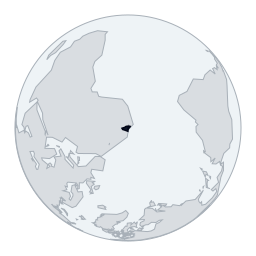 the Earth from above Trarza, rotated 200°
{"feature_id": "MRT-2788", "entity_name": "Trarza", "entity_type": "Region", "adm_level": 1, "iso_a3": "MRT", "parent_name": "Mauritania", "parent_adm1": "", "projection": "orthographic", "projection_center": [-15.679, 17.405], "detail": "fine", "context": "on_globe", "style": "filled", "palette": "ink", "viewbox_px": 256, "rotation_deg": 200, "n_neighbors": 0, "source": "natural_earth", "source_scale": "10m", "svg_char_len": 9062}
<svg xmlns="http://www.w3.org/2000/svg" viewBox="0 0 256 256"><g transform="rotate(200 128 128)"><circle cx="128" cy="128" r="113" fill="#eef3f6" stroke="#a8b0b8"/><path d="M53.9,43.1L57.0,40.6L54.6,42.6L57.4,40.4L60.5,37.8L61.9,36.8L75.7,28.3L78.3,26.9L87.5,22.9L97.1,19.7L106.9,17.4L105.3,17.8L93.2,21.5L93.2,22.4L84.7,28.1L87.0,27.4L85.3,29.5L87.3,29.7L85.1,31.0L88.6,30.0L90.1,28.8L92.2,28.0L93.5,28.1L91.0,29.7L90.0,29.9L89.9,30.4L88.1,31.2L89.7,30.9L86.6,33.0L91.6,31.1L90.7,33.0L88.1,34.4L85.9,34.0L74.3,37.3L71.0,39.2L68.5,42.0L68.9,47.4L66.3,49.9L64.4,53.4L67.0,52.0L69.4,48.8L73.7,47.4L76.1,44.0L78.2,43.1L81.6,40.1L83.7,40.9L84.0,43.5L81.2,46.2L81.3,47.6L86.0,45.6L83.0,51.5L84.6,57.3L83.6,59.0L77.6,60.8L72.2,59.0L64.5,62.7L72.2,60.9L69.4,65.7L70.0,66.9L71.7,67.2L73.8,65.7L73.4,67.6L65.7,69.8L66.0,68.0L68.4,67.2L65.9,66.6L60.6,68.7L59.6,71.3L52.8,72.7L52.0,74.7L50.1,76.3L51.8,72.9L48.6,79.2L40.4,83.8L35.9,95.3L37.5,85.3L36.3,83.2L34.4,82.1L33.6,83.9L32.2,80.7L29.0,82.9L24.9,91.2L22.9,98.7L24.7,101.1L26.6,97.8L28.7,98.5L24.3,107.9L27.4,112.0L25.4,119.6L26.0,124.4L28.3,124.7L30.5,127.9L33.0,124.3L36.7,123.2L35.8,129.6L38.6,124.6L40.1,128.5L48.1,130.9L47.2,132.2L53.8,141.9L62.5,147.4L64.6,152.6L63.4,155.2L66.7,156.7L66.8,158.6L81.7,164.1L90.5,169.8L91.0,176.2L85.1,182.5L83.4,196.4L73.9,199.2L73.9,204.3L70.6,210.6L64.5,208.5L68.8,212.8L67.4,214.3L64.2,213.4L65.8,215.9L63.5,215.1L66.6,217.4L66.2,219.4L70.2,222.4L70.7,223.9L73.4,225.6L72.4,225.2L72.2,225.3L73.3,226.1L68.7,223.5L63.6,219.9L62.5,218.6L61.1,217.7L58.2,214.0L57.9,214.4L51.9,207.2L49.4,201.6L41.7,182.8L39.1,178.2L33.3,171.3L26.0,153.3L26.8,147.7L25.7,144.1L29.3,136.9L29.1,127.8L28.1,126.0L26.6,128.5L23.8,120.8L23.9,113.5L21.1,95.5L22.1,91.4L24.1,86.2L33.5,66.8L24.7,83.7L26.4,79.6L29.6,73.1L30.2,72.2L35.5,63.7L41.2,56.2L47.3,49.4L53.9,43.1ZM34.1,98.9L37.9,107.3L34.4,106.3L35.3,105.6L34.6,102.6L32.9,99.2L30.2,99.0L34.1,98.9ZM38.9,94.0L38.2,93.1L39.1,93.5L38.9,94.0ZM62.2,36.6L60.4,37.9L57.0,40.7L58.3,39.5L61.9,36.8L62.2,36.6ZM80.2,39.8L80.9,40.0L79.9,40.4L80.2,39.8ZM81.1,38.5L79.4,39.0L79.6,38.5L80.6,38.2L81.1,38.5ZM83.0,38.1L80.1,37.4L80.4,36.5L84.5,34.7L83.0,38.1ZM90.1,28.4L88.4,29.7L88.6,28.6L90.1,28.4ZM89.6,27.9L87.1,26.3L90.2,24.7L90.4,25.4L93.4,23.5L96.1,23.4L95.1,24.5L92.6,25.5L95.5,24.8L89.6,27.9ZM93.0,27.6L92.2,27.3L94.8,25.9L96.8,26.2L95.3,26.5L93.0,27.6ZM92.8,23.1L95.1,22.2L97.9,21.9L99.2,21.5L96.4,23.3L92.8,23.1ZM95.4,26.9L97.8,26.4L97.8,27.2L93.9,27.8L95.4,26.9ZM94.6,25.4L95.9,24.8L95.9,25.2L94.6,25.4ZM99.0,30.2L98.0,29.7L99.3,28.8L99.0,30.2ZM98.7,26.2L98.7,25.9L99.1,25.6L100.6,25.4L98.7,26.2ZM98.6,23.1L99.3,23.2L99.9,22.3L102.0,22.2L99.8,23.5L101.7,22.9L102.3,22.8L99.8,23.9L98.6,23.1ZM103.3,24.4L101.2,26.3L102.7,27.3L101.6,28.0L99.3,26.3L103.3,24.4ZM101.4,24.0L102.3,24.4L100.5,25.0L98.8,25.1L101.4,24.0ZM104.3,21.7L101.6,21.5L102.2,21.3L104.3,21.7ZM104.1,24.5L104.6,24.1L104.4,24.5L104.1,24.5ZM104.6,22.4L103.6,22.3L104.3,22.0L104.6,22.4ZM106.4,23.3L105.7,23.9L104.5,24.0L106.4,23.3ZM105.9,22.8L107.1,22.4L104.5,23.6L105.3,22.8L105.9,22.8ZM105.5,22.1L105.5,21.9L105.8,22.2L105.5,22.1ZM111.3,22.9L108.4,24.5L105.8,24.5L109.0,23.0L111.3,22.9ZM77.5,228.3L69.7,224.1L73.6,226.3L73.4,225.7L78.6,228.4L77.5,228.3ZM78.4,227.1L79.9,227.2L81.1,227.7L80.3,227.9L78.4,227.1ZM239.2,109.9L236.3,98.8L232.9,89.8L233.0,91.8L228.8,86.1L225.1,90.2L223.4,88.1L223.0,90.2L219.8,89.3L216.8,86.0L215.4,87.3L223.0,96.0L224.4,94.7L224.0,89.5L226.0,93.1L228.9,95.0L229.7,106.7L222.4,121.3L219.8,113.9L204.5,96.4L203.9,93.9L203.8,93.7L203.5,93.3L204.0,97.5L200.7,94.0L210.9,106.7L213.4,112.8L222.3,121.9L221.9,123.4L224.2,124.9L229.3,118.6L229.7,121.2L228.5,135.1L219.8,156.1L219.9,166.5L217.5,176.0L209.7,184.6L208.0,191.2L203.7,194.9L201.9,198.8L197.0,203.7L189.9,209.0L180.2,211.4L181.5,208.2L179.5,202.7L177.5,187.5L181.9,179.2L181.9,173.2L174.7,160.7L176.4,152.6L174.0,149.7L169.3,151.3L166.3,147.7L163.3,148.1L143.1,153.1L135.7,148.5L124.3,133.2L127.1,126.6L125.6,119.2L143.5,92.1L149.5,92.9L166.1,87.0L168.6,87.5L169.1,93.4L183.5,97.7L185.2,92.2L195.9,93.4L201.4,91.5L199.1,80.5L190.0,83.5L186.0,79.1L191.3,72.4L198.9,70.4L197.6,68.6L190.8,66.2L190.5,62.2L188.2,65.1L190.7,66.5L189.3,68.5L187.0,67.4L186.9,65.9L184.1,65.9L184.9,73.3L187.5,75.5L181.3,78.7L185.0,82.9L184.0,85.5L177.4,79.6L176.5,77.0L165.9,71.6L166.3,74.5L176.3,80.0L174.1,79.9L174.8,84.4L172.5,80.9L161.5,74.7L154.5,77.9L149.1,90.1L144.3,91.7L138.6,90.3L137.0,79.1L148.0,76.8L147.6,73.3L142.3,69.1L146.1,68.9L145.3,67.1L149.1,66.2L151.6,61.0L155.0,59.9L153.1,54.4L154.6,53.3L155.3,56.7L157.7,58.7L165.9,56.6L166.6,55.1L164.7,51.9L167.2,51.9L164.3,49.1L167.6,46.8L161.2,47.4L158.7,44.2L159.1,41.2L157.2,40.4L156.5,45.3L157.3,47.3L159.8,48.7L160.9,54.8L158.7,56.4L153.1,50.8L149.4,52.6L146.7,47.9L150.2,36.7L153.2,34.1L164.1,35.8L165.1,37.9L161.6,38.1L167.5,40.5L165.7,39.0L167.8,39.2L166.0,36.6L167.4,36.7L163.3,34.3L164.8,34.0L167.4,35.6L166.0,32.0L168.4,31.2L167.4,30.5L165.7,29.9L169.8,29.6L168.9,29.0L167.2,28.9L164.3,27.8L160.8,25.9L162.4,25.9L163.9,26.6L169.4,28.2L173.2,30.3L173.5,30.1L170.6,28.4L163.8,26.3L161.2,25.2L164.4,25.9L163.0,25.6L162.3,25.0L163.0,24.6L159.5,23.8L148.8,19.4L149.2,18.5L153.1,19.3L147.3,17.3L148.2,17.2L146.6,17.0L142.8,16.3L142.5,16.3L141.4,16.2L136.5,15.7L144.3,16.5L152.1,18.0L159.8,19.9L167.3,22.4L174.6,25.4L181.7,29.0L188.5,33.0L195.0,37.4L201.2,42.4L207.0,47.7L212.4,53.4L217.5,59.6L222.0,66.0L226.2,72.7L229.8,79.8L232.9,87.0L235.5,94.5L237.6,102.1L239.2,109.9ZM140.0,105.4L140.2,107.7L140.0,105.4ZM208.8,73.8L212.1,72.4L207.3,67.0L208.2,66.1L206.2,64.7L206.9,66.6L201.7,62.8L201.9,60.3L199.8,57.9L198.6,58.3L199.0,63.6L206.6,69.0L207.2,71.9L208.8,73.8ZM48.4,130.9L49.2,132.5L47.9,132.1L48.4,130.9ZM33.2,108.7L34.3,109.5L34.7,110.8L33.7,110.6L33.2,108.7ZM44.5,113.8L46.1,115.0L44.1,114.8L44.5,113.8ZM38.7,108.4L43.2,113.1L39.3,113.6L36.6,110.8L38.9,111.1L38.7,108.4ZM36.9,97.3L37.5,98.2L36.9,99.2L36.9,97.3ZM39.6,94.3L39.3,94.3L39.3,93.2L39.6,94.3ZM69.8,65.6L70.4,65.5L71.9,66.1L70.6,66.6L69.8,65.6ZM82.0,65.0L81.1,68.2L80.8,66.1L78.8,67.3L75.8,64.6L82.9,59.7L80.2,62.3L82.0,65.0ZM73.7,60.1L74.8,62.0L73.3,60.1L73.7,60.1ZM137.1,58.9L139.4,59.7L139.3,61.9L134.9,64.2L134.9,60.9L137.1,58.9ZM142.6,60.4L138.3,54.7L140.9,53.3L140.2,55.0L142.3,54.7L141.7,57.3L148.3,61.9L148.7,64.3L140.4,66.7L142.9,64.5L140.5,63.7L142.6,60.4ZM122.8,45.5L121.0,43.9L128.9,42.9L129.7,44.6L125.4,46.8L121.9,46.1L122.8,45.5ZM90.8,35.3L89.5,35.3L90.2,34.8L91.8,34.3L90.8,35.3ZM98.5,30.0L96.8,35.0L95.3,35.2L96.1,38.3L92.5,40.1L92.1,37.9L89.9,41.8L88.2,40.6L87.1,43.2L86.6,38.2L85.0,37.5L88.2,37.6L91.5,35.9L92.5,35.0L93.9,32.0L91.9,30.0L94.9,28.4L97.5,27.8L98.4,28.0L96.2,28.9L99.1,28.5L96.5,30.1L98.5,30.0ZM126.7,25.6L123.7,25.9L129.0,26.8L126.5,27.8L127.3,27.9L126.5,29.1L126.8,30.9L125.3,31.2L126.0,31.7L125.5,32.7L126.0,33.6L123.6,34.6L124.0,35.9L122.6,35.7L124.1,37.7L121.9,36.7L120.9,38.1L123.6,38.3L108.9,43.0L104.4,46.3L101.9,49.7L98.5,47.9L98.6,43.8L100.9,39.2L105.7,36.5L103.3,36.4L104.9,35.1L106.1,35.7L105.1,34.1L106.8,33.3L108.8,30.1L106.4,28.6L107.1,27.5L108.8,27.7L108.3,26.6L112.1,26.3L112.7,25.6L117.0,24.9L120.1,25.9L120.5,25.1L123.9,24.7L126.7,25.6ZM112.6,22.7L116.8,23.4L117.6,24.4L109.7,25.4L108.7,26.0L103.6,27.0L102.7,25.7L104.2,25.5L105.5,25.0L105.3,25.6L106.4,24.8L108.5,24.6L109.9,23.9L110.9,24.3L112.6,22.7ZM169.9,85.0L171.6,84.9L173.8,84.1L174.3,87.1L169.9,85.0ZM162.4,80.8L163.7,80.2L165.4,83.7L163.7,84.0L162.4,80.8ZM162.9,77.0L163.6,79.9L162.2,78.5L162.9,77.0ZM156.3,56.1L157.5,55.4L158.2,56.0L158.3,57.4L156.3,56.1ZM141.9,29.8L140.1,29.5L140.1,29.1L136.9,27.7L138.5,27.0L141.1,27.6L141.9,29.8ZM198.4,82.8L197.6,85.3L196.4,84.7L196.9,83.9L198.4,82.8ZM186.0,86.4L189.5,86.9L186.1,87.2L186.0,86.4ZM143.1,28.8L141.6,28.3L143.4,28.3L143.1,28.8ZM139.5,26.5L141.3,26.4L138.3,26.8L139.5,26.5ZM227.4,169.4L218.8,187.3L216.2,188.8L217.4,184.5L221.8,174.1L225.5,169.7L227.7,164.4L227.4,169.4ZM154.7,24.5L157.3,27.0L160.3,28.9L163.6,29.8L160.0,29.8L155.5,26.9L154.7,24.5ZM149.3,19.9L146.4,19.5L146.9,19.2L147.6,19.3L149.3,19.9ZM148.2,20.0L146.1,20.4L143.9,19.9L146.0,19.6L148.2,20.0ZM144.8,24.0L145.5,24.8L144.0,24.7L144.8,24.0ZM141.3,16.2L139.9,16.1L139.5,16.0L141.3,16.2ZM135.6,15.7L137.0,15.9L134.8,15.7L135.6,15.7ZM140.3,16.4L137.3,16.0L141.2,16.4L140.3,16.4Z" fill="#d9dde1" stroke="#a8b0b8" stroke-width="1"/><path d="M129.4,129.4L129.2,129.5L129.1,129.4L129.1,129.5L128.8,129.6L128.7,129.6L128.4,129.6L128.2,129.7L128.1,129.8L127.9,129.8L127.7,129.8L127.7,129.7L127.7,129.8L127.6,129.7L127.5,129.8L127.4,129.8L127.2,129.7L126.9,129.7L126.8,129.8L126.7,130.3L126.5,130.5L126.4,130.7L126.4,131.0L126.4,130.8L126.4,130.6L126.4,130.2L126.5,130.0L126.5,129.9L126.5,129.6L126.7,129.1L126.8,128.9L126.9,128.7L127.0,128.4L127.3,127.7L127.3,127.2L127.8,127.1L127.8,126.5L127.8,126.1L127.3,126.1L127.3,125.9L127.2,125.6L127.1,125.3L127.1,125.2L127.0,124.9L130.6,124.9L132.5,124.8L133.6,125.7L132.2,126.8L131.6,127.2L131.2,127.6L130.6,128.6L130.1,129.0L129.8,129.1L129.6,129.3L129.4,129.4L129.4,129.4Z" fill="#0f172a" stroke="#020617" stroke-width="1.5"/></g></svg>